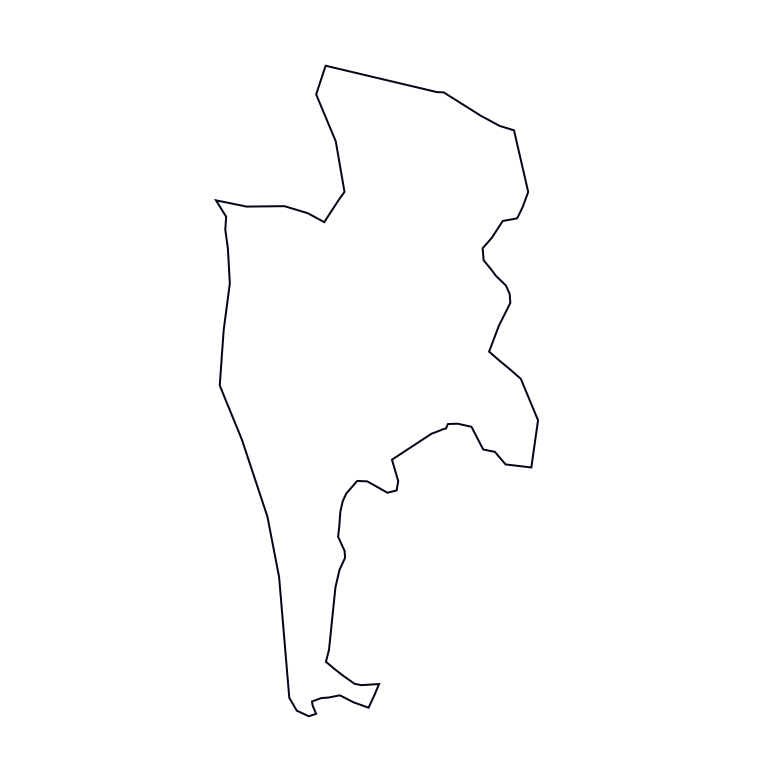 outline of Andoni, Nigeria, rotated 84°
{"feature_id": "59680162B90577513466378", "entity_name": "Andoni", "entity_type": "district", "adm_level": 2, "iso_a3": "NGA", "parent_name": "Nigeria", "parent_adm1": "", "projection": "mercator", "projection_center": [7.441, 4.514], "detail": "fine", "context": "isolated", "style": "outline", "palette": "ink", "viewbox_px": 768, "rotation_deg": 84, "n_neighbors": 0, "source": "geoboundaries", "source_scale": "gbopen_adm2", "svg_char_len": 1314}
<svg xmlns="http://www.w3.org/2000/svg" viewBox="0 0 768 768"><g transform="rotate(84 384 384)"><path d="M183.8,531.9L201.1,523.5L213.9,525.7L233.0,525.1L267.8,526.8L313.6,537.8L345.1,543.4L368.2,547.5L387.4,542.0L391.0,540.9L421.5,532.0L425.1,531.0L460.8,523.2L503.7,513.8L565.0,508.5L686.2,511.0L699.7,504.9L706.6,493.5L704.9,486.0L696.2,488.6L692.2,488.8L689.8,479.3L690.0,471.7L689.0,460.4L697.5,447.4L704.3,433.2L692.0,425.8L681.9,420.3L681.1,438.1L679.1,444.6L669.5,455.5L662.1,463.2L654.2,470.8L642.7,466.5L581.4,453.6L564.2,447.7L552.8,440.9L546.0,440.6L531.1,445.6L520.6,443.3L506.6,440.8L496.2,437.3L488.9,432.9L477.6,420.8L479.1,410.8L492.5,392.0L491.2,382.6L482.1,380.0L460.1,384.0L438.3,341.7L437.3,337.4L435.2,330.4L434.7,327.0L430.5,324.6L431.2,314.8L435.7,301.5L459.5,292.2L463.1,280.8L476.7,271.5L482.4,246.2L436.2,234.6L393.1,247.4L391.6,248.9L388.4,251.8L383.5,256.3L372.7,266.9L362.8,276.1L337.8,263.5L316.6,249.9L307.6,249.6L298.9,252.4L288.1,261.4L280.7,265.8L271.4,272.0L259.3,271.7L249.8,261.4L234.3,248.9L233.2,234.4L232.4,233.8L222.7,227.7L208.1,220.5L145.3,228.2L139.5,241.9L127.5,259.5L100.2,294.2L99.3,300.7L61.4,408.8L88.9,421.2L137.7,406.6L188.8,403.2L195.6,409.3L216.8,426.5L206.2,441.9L196.7,464.6L193.2,502.1L183.8,531.9Z" fill="none" stroke="#020617" stroke-width="2"/></g></svg>